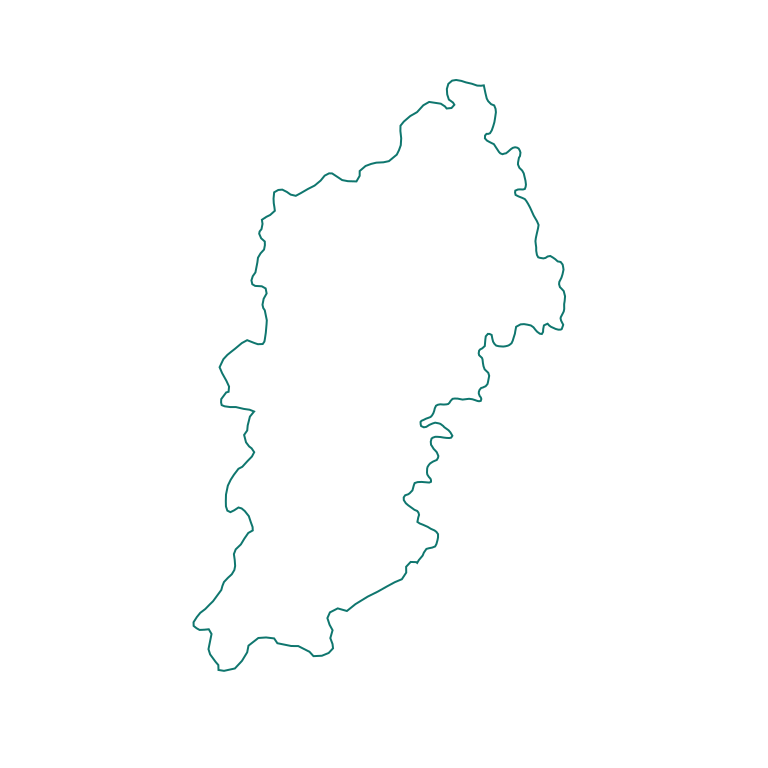 the district of Myadzyel, Minsk, Belarus, rotated 281°
{"feature_id": "67162791B89573771278316", "entity_name": "Myadzyel", "entity_type": "district", "adm_level": 2, "iso_a3": "BLR", "parent_name": "Belarus", "parent_adm1": "Minsk", "projection": "albers", "projection_center": [26.974, 54.814], "detail": "fine", "context": "isolated", "style": "outline", "palette": "teal", "viewbox_px": 768, "rotation_deg": 281, "n_neighbors": 0, "source": "geoboundaries", "source_scale": "gbopen_adm2", "svg_char_len": 6133}
<svg xmlns="http://www.w3.org/2000/svg" viewBox="0 0 768 768"><g transform="rotate(281 384 384)"><path d="M154.1,390.9L162.5,398.0L172.2,408.6L179.1,417.6L186.0,425.7L191.5,432.4L195.8,438.8L203.1,441.8L208.8,440.6L214.4,444.1L215.3,449.7L214.7,450.7L217.8,451.8L223.0,454.7L226.1,455.3L230.2,457.1L231.3,459.3L232.6,462.5L234.3,465.2L236.9,466.0L241.0,466.3L243.8,466.3L246.9,465.7L248.8,463.7L249.9,461.5L250.8,457.6L252.1,454.2L253.3,449.0L253.9,445.7L255.0,443.1L259.6,443.1L262.2,443.4L264.4,442.3L265.7,440.8L266.3,437.9L267.4,435.6L269.6,430.8L271.1,428.2L273.8,425.6L276.4,425.0L278.8,426.0L280.3,428.7L281.6,430.0L285.0,432.2L287.4,432.4L290.2,432.6L292.6,433.0L294.1,435.7L295.0,439.4L295.2,440.9L295.3,442.0L295.5,443.7L295.7,445.6L295.9,447.3L297.0,448.8L298.5,448.5L299.9,447.7L301.3,445.8L303.4,443.8L305.3,443.1L309.2,442.5L310.9,442.6L313.0,443.4L314.8,444.4L317.1,446.8L318.1,448.2L319.5,450.3L321.9,451.1L323.7,451.1L325.2,450.1L327.1,448.8L328.7,446.7L329.8,445.1L332.0,443.1L333.3,441.8L336.3,440.9L339.5,441.1L340.6,442.1L341.9,444.3L342.3,446.0L342.7,449.5L342.8,452.8L343.0,455.5L343.4,458.4L344.2,460.2L346.2,461.0L349.1,458.5L350.9,456.2L353.1,451.4L354.1,450.1L355.6,447.0L355.8,445.3L355.8,441.6L354.5,439.2L352.5,436.3L350.0,433.7L349.1,431.4L349.8,428.5L351.4,427.7L353.7,427.1L355.0,427.8L356.6,430.1L358.0,431.9L359.3,434.1L360.5,436.0L362.2,437.1L364.7,438.0L367.3,438.4L369.8,438.5L372.6,439.2L373.9,440.8L374.8,443.1L375.2,446.5L375.9,449.1L376.6,450.8L378.0,451.8L380.1,452.6L382.5,454.1L383.2,456.1L383.7,459.0L383.7,464.1L384.8,467.5L385.7,470.3L385.9,473.6L385.6,476.2L385.2,478.9L385.2,480.6L385.9,482.2L387.7,482.4L388.3,482.2L389.4,481.5L390.4,480.3L392.6,478.9L394.3,478.6L396.4,478.9L398.6,480.1L399.4,481.7L400.1,482.6L401.2,484.2L403.7,485.6L405.8,485.7L412.1,485.7L414.9,484.2L416.3,482.0L417.6,480.0L420.4,478.3L423.5,477.1L427.0,476.0L428.4,475.1L429.5,473.3L430.4,471.9L432.2,471.1L434.9,471.0L436.3,471.8L437.7,473.6L440.5,475.7L444.2,475.3L447.0,475.0L450.2,474.8L453.0,476.4L453.3,478.0L452.7,480.3L449.4,481.6L446.4,483.0L444.5,484.7L443.1,486.8L443.0,489.6L443.5,493.9L444.2,496.0L445.2,498.2L446.2,499.6L448.3,501.4L451.1,502.1L454.1,502.4L458.4,502.9L460.8,502.8L465.4,502.8L468.6,506.7L469.5,510.0L469.6,513.6L469.5,517.0L468.2,519.9L466.0,522.4L464.5,524.4L463.1,527.4L463.2,529.4L465.5,530.2L468.2,529.8L472.0,529.8L473.1,531.2L474.4,533.1L473.0,534.9L472.0,537.0L471.2,540.4L470.8,541.9L470.6,544.7L471.1,547.1L471.9,548.0L475.9,548.6L476.4,548.6L478.0,547.3L480.1,545.7L482.1,544.8L483.3,544.8L486.7,545.8L489.5,546.6L492.0,546.6L496.8,545.6L499.9,545.5L504.6,545.0L509.5,542.7L511.2,540.4L512.7,538.2L515.4,536.8L517.7,536.6L520.1,537.3L522.3,537.9L525.8,538.3L530.5,538.4L532.8,537.6L535.3,536.6L537.5,534.1L537.5,531.1L539.2,528.3L540.4,525.6L541.4,522.8L540.4,520.3L538.6,518.5L537.7,516.5L537.6,513.0L537.8,511.2L539.9,509.5L543.8,508.0L547.3,507.3L550.2,506.3L553.1,505.4L556.2,505.2L560.8,505.3L566.2,505.5L569.6,505.4L573.0,503.1L577.9,498.8L581.3,496.4L585.1,493.7L588.3,491.1L590.9,488.7L592.4,486.9L593.1,484.1L593.8,480.3L594.7,477.1L597.0,476.1L598.9,476.0L600.5,478.4L600.9,480.0L601.5,483.4L602.3,485.0L604.5,485.4L606.8,485.3L610.5,484.1L614.7,482.2L617.4,481.0L619.9,478.9L622.1,475.6L625.1,473.6L627.3,473.3L631.9,473.3L633.7,474.0L637.2,473.8L639.0,472.8L640.8,471.3L641.4,469.6L641.4,467.5L640.4,465.4L638.8,463.8L635.5,461.3L633.7,459.7L633.2,458.3L632.2,456.5L632.6,454.2L633.7,452.6L638.1,448.3L640.4,446.1L641.0,443.8L641.9,440.7L642.6,438.6L644.4,436.2L647.2,435.8L649.1,436.9L649.4,438.6L650.4,440.2L653.6,441.4L657.7,442.0L662.1,442.4L666.0,442.3L672.1,442.0L675.4,441.0L678.5,439.0L679.1,435.8L681.5,432.3L683.8,430.4L688.8,428.1L693.8,426.0L696.2,425.0L695.3,422.4L694.7,418.5L695.5,413.0L695.7,406.9L696.3,402.1L696.2,396.8L694.8,393.0L690.9,389.9L685.6,389.4L680.3,390.8L675.6,393.4L673.4,398.1L671.5,399.8L667.8,397.6L666.4,392.9L668.1,390.9L670.0,386.3L669.5,374.5L665.1,369.4L657.2,364.6L652.0,358.6L645.4,353.4L640.7,350.9L635.5,351.8L628.5,354.0L621.6,354.9L616.4,354.1L611.6,352.8L603.7,346.3L601.5,341.1L599.8,334.2L597.6,329.4L594.5,324.3L588.4,319.5L583.7,320.4L577.6,318.3L576.2,309.9L576.2,304.0L577.8,300.2L580.8,292.9L580.3,289.9L577.2,286.0L571.6,283.0L565.5,278.0L561.0,272.2L555.5,265.9L551.9,261.5L552.1,256.2L554.0,252.0L555.4,247.1L554.3,243.2L551.2,239.6L544.9,240.2L540.4,241.3L536.6,242.7L533.2,243.8L528.2,240.0L525.7,236.7L521.9,232.8L518.0,234.2L512.7,234.2L510.0,232.8L507.7,232.8L503.6,235.6L501.1,239.8L497.5,240.6L493.1,240.6L488.7,237.9L483.9,236.2L479.2,236.5L469.0,236.5L464.8,234.6L460.4,234.1L456.8,235.7L455.7,238.8L456.6,245.4L455.2,249.6L450.5,251.5L444.7,249.6L438.6,249.6L435.5,251.0L433.6,252.9L424.2,256.8L420.3,257.3L411.7,258.2L404.8,258.5L402.8,258.5L400.1,257.3L399.0,252.6L399.5,249.0L400.9,241.3L397.0,236.6L390.1,231.0L386.3,227.7L382.7,224.7L377.7,221.6L369.1,219.4L363.8,223.0L356.9,228.8L351.9,232.4L346.7,232.9L345.6,230.7L338.1,227.1L334.8,227.6L332.3,228.7L331.7,231.8L332.0,237.3L333.1,242.9L332.8,251.2L333.1,257.0L332.2,261.7L326.4,258.6L320.9,258.3L317.3,258.1L312.3,258.6L307.3,256.4L300.4,259.7L297.0,263.5L295.6,266.3L292.3,269.6L287.6,268.2L282.1,264.6L275.7,260.7L273.0,257.3L266.3,254.0L260.8,251.8L254.4,250.1L245.3,250.0L238.7,251.1L233.7,252.2L229.8,254.4L228.9,257.7L231.4,261.0L235.0,264.7L234.7,268.0L232.7,271.6L228.5,276.5L223.0,279.6L218.5,282.3L215.2,283.1L211.9,279.2L205.5,276.4L199.2,274.1L193.4,270.0L188.4,269.1L182.9,271.0L177.0,272.6L172.9,272.6L168.2,270.9L164.0,267.8L159.1,264.7L154.9,263.9L150.8,263.6L145.3,261.0L138.1,257.6L134.5,255.1L129.0,251.5L124.3,247.3L119.6,244.8L113.8,242.5L110.2,243.3L108.5,246.6L107.4,249.9L108.5,254.4L109.8,258.8L105.7,262.4L90.2,262.3L85.4,264.9L79.2,271.6L76.5,275.0L71.7,276.1L71.9,281.7L76.3,291.9L85.1,297.4L94.5,300.9L101.3,300.9L110.7,309.1L112.7,316.6L113.3,324.7L109.2,328.8L109.1,343.0L110.4,349.8L106.9,362.0L103.4,366.7L105.4,374.9L109.4,381.0L114.8,384.4L118.9,383.1L124.3,379.8L132.5,380.5L137.3,376.5L143.4,373.1L149.5,374.5L154.9,381.4L154.1,390.9Z" fill="none" stroke="#0f766e" stroke-width="2"/></g></svg>